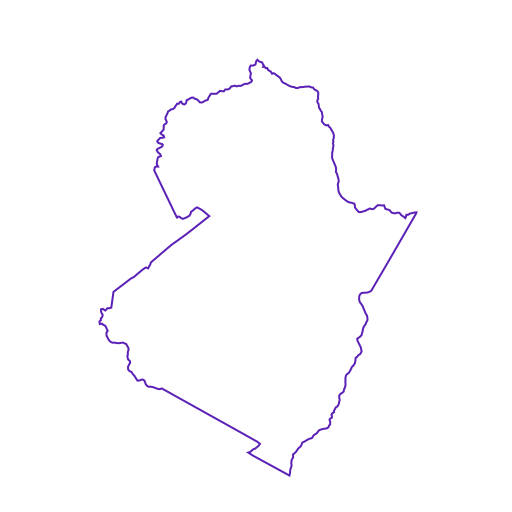 Pedra Preta, Mato Grosso, Brazil, rotated 300°
{"feature_id": "56859067B80080271615532", "entity_name": "Pedra Preta", "entity_type": "district", "adm_level": 2, "iso_a3": "BRA", "parent_name": "Brazil", "parent_adm1": "Mato Grosso", "projection": "albers", "projection_center": [-54.182, -16.79], "detail": "fine", "context": "isolated", "style": "outline", "palette": "violet", "viewbox_px": 512, "rotation_deg": 300, "n_neighbors": 0, "source": "geoboundaries", "source_scale": "gbopen_adm2", "svg_char_len": 6098}
<svg xmlns="http://www.w3.org/2000/svg" viewBox="0 0 512 512"><g transform="rotate(300 256 256)"><path d="M413.6,241.0L414.1,239.6L415.3,237.8L415.8,236.6L417.3,235.4L419.0,234.1L419.9,232.2L421.4,231.3L423.1,231.3L424.8,230.2L426.6,229.3L428.5,228.4L429.5,226.8L429.5,225.1L429.5,223.0L430.4,221.3L429.6,219.3L429.5,217.5L428.5,216.0L427.4,214.1L426.2,212.8L425.1,211.1L423.8,209.2L422.3,208.2L421.4,206.4L421.5,205.0L420.9,203.6L420.2,201.5L420.0,199.7L419.9,197.7L420.0,195.7L419.8,193.9L419.7,192.4L420.3,191.0L421.0,189.8L421.8,188.7L422.4,187.4L422.6,185.6L422.9,183.0L423.2,181.2L423.0,179.6L421.9,178.8L423.1,176.6L423.1,173.7L424.4,171.6L423.5,170.5L424.2,168.7L423.4,167.6L425.1,167.2L425.7,165.8L426.7,164.6L426.2,162.5L426.2,160.7L426.6,159.1L424.7,158.8L421.5,159.8L419.3,158.1L418.5,156.4L416.8,156.1L413.9,157.2L411.7,160.2L409.2,161.1L407.4,161.8L406.6,163.4L406.1,164.7L404.7,164.9L402.4,163.7L400.8,162.5L400.1,161.1L398.7,159.6L396.8,158.6L395.4,157.4L394.6,155.6L393.3,154.6L392.9,152.5L391.6,151.2L390.6,149.8L388.0,149.5L386.3,148.5L384.8,146.1L382.5,145.8L381.6,143.8L380.9,142.1L379.7,141.9L378.2,141.2L377.0,140.9L375.0,137.9L374.6,136.6L373.6,135.7L372.2,135.9L370.8,135.6L369.4,135.7L367.0,136.1L365.7,134.8L364.6,134.0L362.7,133.1L361.7,132.1L361.0,130.6L362.1,127.2L361.9,125.6L361.5,124.0L361.9,122.7L361.2,121.3L359.2,119.9L357.7,119.2L356.5,118.1L353.7,118.9L352.3,118.7L351.3,118.0L351.1,115.8L352.3,114.0L351.2,113.1L349.3,113.1L348.4,111.5L347.1,111.6L345.6,111.2L343.7,111.4L342.0,110.8L340.4,109.1L339.2,108.7L337.3,107.6L334.9,108.0L330.9,108.3L329.4,109.0L328.6,110.3L327.4,111.8L325.8,111.9L324.3,111.0L322.9,110.8L320.9,112.0L319.1,112.8L314.6,111.8L314.1,113.3L314.1,115.8L312.8,117.1L311.9,116.2L310.2,113.9L306.2,113.0L305.2,114.2L305.3,116.1L305.6,117.4L306.0,118.6L305.6,119.8L304.2,120.0L302.6,119.3L299.4,117.1L298.0,117.1L296.8,119.1L296.2,122.3L295.0,123.7L292.7,121.9L291.3,122.0L288.8,123.0L286.8,123.6L285.5,124.8L284.5,126.5L283.0,124.2L281.6,124.2L279.2,125.1L277.9,127.0L270.3,138.1L264.8,146.2L250.6,167.0L249.8,168.4L251.3,168.8L251.7,170.3L251.4,172.1L251.6,174.1L253.2,175.4L254.8,176.6L256.1,177.4L257.8,178.3L259.9,178.2L261.8,177.6L263.8,178.6L265.8,179.2L267.2,179.7L268.7,180.8L268.8,186.5L267.2,195.6L252.1,189.6L250.0,188.8L238.8,184.2L226.6,178.7L224.3,177.6L222.5,176.9L221.0,176.4L219.5,175.8L218.3,175.4L216.4,174.7L215.1,174.3L213.7,173.8L212.5,173.3L209.6,172.3L208.4,171.9L207.1,171.5L205.6,170.9L204.1,170.4L202.7,169.9L201.2,169.3L197.8,168.2L195.3,168.7L194.0,168.6L191.4,168.8L191.0,166.3L187.3,164.5L184.7,163.6L181.7,162.5L179.8,161.8L178.3,161.3L176.5,160.6L174.1,159.0L153.7,150.5L138.9,156.5L137.5,155.1L136.5,153.4L135.0,153.2L133.4,152.7L133.5,151.3L133.7,149.9L132.3,148.4L130.5,149.6L129.5,150.6L128.5,152.5L127.3,153.1L125.9,153.3L124.4,152.8L123.0,153.8L121.1,153.1L118.9,154.8L120.4,156.4L120.0,158.0L120.2,159.6L119.9,161.0L118.2,163.2L117.0,165.0L115.2,164.8L114.0,165.3L112.2,166.5L111.4,167.8L109.9,170.1L109.0,172.3L109.0,174.2L109.4,175.6L110.2,176.6L111.0,179.0L111.8,180.7L113.4,182.6L114.6,184.4L114.6,186.0L114.9,187.6L113.6,189.6L112.7,191.3L111.4,192.4L108.5,193.1L106.6,194.3L104.7,194.8L103.5,196.0L102.5,196.9L102.0,199.2L100.7,200.4L98.8,200.4L96.2,200.5L93.8,202.0L93.0,204.4L93.4,206.0L92.2,208.3L91.3,210.9L90.1,213.1L88.8,215.7L90.0,217.4L91.3,218.3L92.4,219.7L92.3,221.7L89.8,224.7L89.1,226.5L89.1,228.6L90.0,229.7L90.7,231.7L91.2,233.5L91.4,235.1L91.7,236.7L92.1,238.4L93.0,239.7L94.2,240.6L95.5,326.3L95.8,349.7L95.3,353.4L92.9,353.1L90.5,352.2L88.8,351.6L87.4,350.4L85.6,349.7L83.3,348.9L81.9,347.6L81.6,353.2L82.6,394.7L84.4,394.2L85.6,393.7L87.6,392.7L90.0,392.1L92.2,391.7L94.3,390.1L96.0,389.3L97.4,388.8L100.1,388.9L102.7,387.3L104.7,388.1L106.7,388.6L110.3,388.8L113.6,389.9L115.1,389.8L117.6,389.4L119.9,391.0L121.5,391.8L124.2,393.4L125.5,394.8L126.8,395.6L128.5,395.5L130.1,395.7L132.2,397.0L134.1,397.4L136.6,397.7L138.1,398.9L139.3,400.1L140.9,401.9L142.1,403.5L143.9,404.4L145.5,404.0L147.2,404.4L149.6,403.1L151.0,401.5L152.4,401.6L153.7,402.5L155.2,402.0L156.2,400.8L158.0,400.7L159.7,401.7L160.8,401.0L162.2,400.9L164.7,400.8L166.5,401.7L168.5,401.8L170.0,401.5L171.4,400.9L173.1,400.5L174.7,399.1L176.7,397.9L178.4,397.9L180.7,399.1L182.4,399.7L183.6,399.2L187.7,398.5L189.5,397.8L191.4,396.5L195.6,394.2L198.1,393.6L199.8,394.2L201.4,394.9L206.0,394.8L207.6,394.5L210.2,395.2L212.6,395.2L214.9,394.5L217.6,393.2L219.3,394.0L221.2,394.2L223.4,395.3L226.1,395.2L227.5,394.0L229.3,392.4L233.3,386.4L235.0,385.0L236.4,385.7L238.2,386.5L240.3,387.0L242.1,386.4L243.6,386.1L247.0,384.9L249.7,384.7L251.4,385.1L253.8,384.6L255.1,384.7L256.4,384.5L258.4,383.2L259.9,381.9L260.9,379.9L262.0,378.5L264.1,375.7L265.9,373.5L267.2,370.9L267.9,369.1L268.9,367.9L270.3,366.8L272.9,365.5L274.7,365.3L276.6,365.9L277.8,367.3L278.5,368.4L280.2,371.0L281.7,372.1L283.5,373.2L317.7,373.4L372.5,373.4L374.0,373.1L372.9,371.5L371.8,370.4L370.7,369.2L369.7,368.1L367.6,367.0L366.9,365.6L364.9,366.3L363.4,366.3L363.8,364.9L363.9,363.2L364.0,361.2L364.8,359.7L365.0,358.2L363.9,356.4L362.7,355.4L361.9,353.9L361.4,351.6L362.5,348.7L361.9,346.0L361.5,344.5L362.5,343.2L363.9,341.6L362.7,339.7L361.9,337.9L361.0,336.2L359.3,335.4L357.3,334.9L355.9,334.5L354.7,333.4L354.0,330.7L352.2,329.7L351.3,328.8L349.9,328.2L348.4,326.7L346.8,325.3L345.4,323.1L346.0,321.3L346.9,318.7L347.8,317.2L349.0,316.6L350.5,315.0L349.8,312.0L349.2,310.2L348.9,308.3L349.0,306.6L349.2,305.2L349.4,303.7L349.7,301.8L350.2,300.0L351.2,298.4L351.8,297.0L353.8,294.7L355.3,293.7L357.0,292.5L358.6,291.2L360.0,290.7L361.6,290.5L363.3,289.4L365.0,287.8L367.6,285.1L368.7,283.2L370.9,282.2L372.9,280.7L375.0,278.0L377.9,274.1L379.2,272.7L382.6,270.9L383.9,270.2L385.9,269.7L387.2,268.9L389.0,268.4L390.9,267.5L392.1,266.2L393.5,266.0L394.9,264.8L396.4,264.5L397.8,264.0L399.4,263.1L401.0,261.6L402.2,259.6L403.0,258.2L404.2,256.1L404.6,254.2L405.5,252.9L404.2,251.5L404.2,248.9L404.9,247.3L405.5,245.7L407.8,244.7L409.8,244.2L411.4,242.8L412.5,241.9L413.6,241.0Z" fill="none" stroke="#5b21b6" stroke-width="2"/></g></svg>